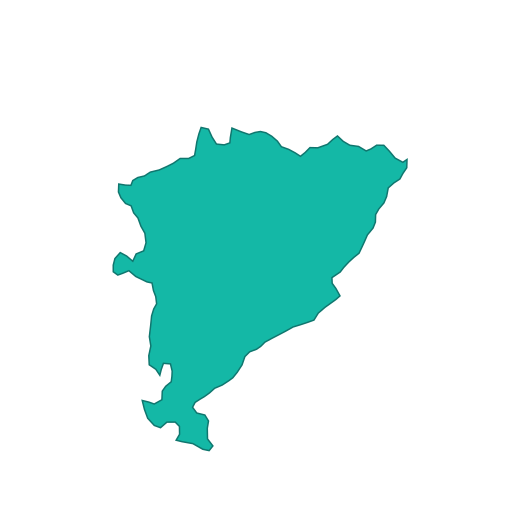 the district of São Sebastião da Bela Vista, Minas Gerais, Brazil, rotated 327°
{"feature_id": "56859067B55755332665387", "entity_name": "São Sebastião da Bela Vista", "entity_type": "district", "adm_level": 2, "iso_a3": "BRA", "parent_name": "Brazil", "parent_adm1": "Minas Gerais", "projection": "robinson", "projection_center": [-45.786, -22.166], "detail": "fine", "context": "isolated", "style": "filled", "palette": "teal", "viewbox_px": 512, "rotation_deg": 327, "n_neighbors": 0, "source": "geoboundaries", "source_scale": "gbopen_adm2", "svg_char_len": 2185}
<svg xmlns="http://www.w3.org/2000/svg" viewBox="0 0 512 512"><g transform="rotate(327 256 256)"><path d="M305.5,135.6L299.1,142.6L295.7,146.9L289.9,145.5L283.8,140.6L283.9,132.3L285.2,123.7L280.0,118.3L274.6,122.5L268.5,128.1L263.6,133.6L259.2,138.3L252.6,137.5L245.5,132.9L237.2,133.2L229.3,132.3L221.6,131.1L213.1,128.1L206.0,128.1L199.6,125.8L193.8,125.6L189.6,128.6L185.3,125.6L180.1,120.9L175.5,127.4L174.4,133.6L175.2,140.9L178.6,145.9L176.9,153.2L177.7,159.8L175.7,168.4L175.2,176.4L171.0,185.0L164.6,190.5L156.6,189.0L149.8,193.3L147.5,185.6L144.0,179.2L136.3,181.3L131.3,185.9L127.7,191.5L129.7,196.7L134.8,197.9L141.4,199.1L144.0,207.7L150.4,218.3L154.1,222.0L151.2,229.1L149.8,235.5L146.6,242.0L141.4,244.7L135.8,249.4L129.9,256.8L122.6,265.6L118.8,274.2L111.8,281.2L107.2,289.1L110.3,296.5L110.4,303.6L114.7,299.6L119.9,295.6L125.5,299.9L123.0,306.9L119.9,311.2L116.4,315.3L109.3,316.1L103.8,318.3L98.8,325.3L90.0,324.7L86.6,320.2L81.9,315.2L78.9,323.9L76.8,333.1L78.4,342.7L82.4,348.0L90.8,346.8L97.8,351.3L99.0,357.2L94.8,363.9L88.7,367.0L92.7,371.3L100.9,379.0L106.1,389.1L110.7,393.7L116.4,391.8L115.7,383.0L121.3,374.0L126.3,368.5L126.5,361.5L120.8,355.4L120.4,348.3L125.2,345.6L131.0,345.6L136.0,345.8L142.4,345.5L149.3,344.4L157.3,345.8L165.2,345.8L170.2,345.5L176.9,343.3L185.0,339.7L191.9,334.3L198.5,332.9L205.8,334.5L211.0,334.3L216.6,333.1L224.5,333.7L232.7,334.5L240.3,335.2L248.4,335.7L255.7,337.8L262.9,339.7L269.7,341.3L277.1,337.8L286.1,336.6L292.8,336.3L299.2,336.0L304.7,335.2L305.3,326.9L305.0,320.4L307.9,315.5L317.9,315.3L323.3,313.4L330.4,311.6L337.6,310.4L343.9,309.8L349.1,306.6L354.5,303.2L360.9,299.0L369.4,296.3L374.6,292.6L378.9,286.4L384.7,283.4L392.1,281.2L397.9,277.3L404.0,270.9L411.5,269.8L418.6,269.8L424.1,266.8L430.5,264.1L435.2,257.3L430.2,257.4L426.0,249.7L424.9,240.5L423.5,232.8L417.6,228.8L410.6,228.8L405.6,227.9L401.7,220.0L395.0,214.2L391.6,207.4L389.7,199.7L383.8,200.1L376.8,201.3L366.7,198.9L360.3,194.5L353.5,196.0L347.6,196.6L345.0,190.8L341.5,184.4L336.8,178.2L336.5,171.3L334.4,164.1L331.4,158.0L327.5,154.0L322.4,151.8L316.4,150.4L311.4,144.0L305.5,135.6Z" fill="#14b8a6" stroke="#0f766e" stroke-width="1.5"/></g></svg>